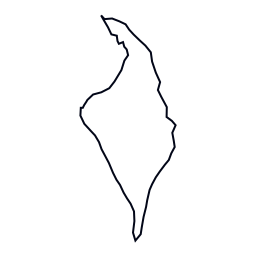 the district of La Nya, Logone Oriental, Chad
{"feature_id": "50815135B28220035440725", "entity_name": "La Nya", "entity_type": "district", "adm_level": 2, "iso_a3": "TCD", "parent_name": "Chad", "parent_adm1": "Logone Oriental", "projection": "natural_earth1", "projection_center": [16.579, 8.562], "detail": "fine", "context": "isolated", "style": "outline", "palette": "ink", "viewbox_px": 256, "rotation_deg": 0, "n_neighbors": 0, "source": "geoboundaries", "source_scale": "gbopen_adm2", "svg_char_len": 1048}
<svg xmlns="http://www.w3.org/2000/svg" viewBox="0 0 256 256"><path d="M80.8,107.8L80.4,115.6L84.3,123.8L90.6,130.7L95.0,135.4L99.0,142.1L101.6,149.3L104.5,154.7L108.9,163.0L113.0,172.8L116.5,179.8L120.0,184.9L123.6,192.6L127.1,198.5L130.6,203.7L134.0,211.4L134.4,221.1L133.0,232.6L135.4,240.6L140.7,234.2L141.8,227.1L143.6,216.8L146.1,206.8L147.2,200.3L149.6,189.9L152.1,184.2L155.8,177.3L159.8,171.5L164.9,164.7L168.8,160.0L171.3,153.3L174.7,147.0L173.8,141.0L172.3,132.8L175.6,125.2L171.9,120.9L166.6,117.0L166.8,107.1L161.3,96.9L157.9,90.0L160.1,82.1L155.8,72.6L152.1,61.6L150.8,52.3L145.4,45.6L139.8,40.5L133.6,34.5L129.2,29.7L125.6,24.3L119.3,21.3L112.1,18.5L104.5,19.1L101.1,15.4L103.6,19.8L108.0,27.3L111.4,34.4L116.8,35.7L116.8,36.3L116.9,36.6L117.5,41.0L118.9,43.8L123.0,42.1L124.2,46.5L124.3,46.8L125.6,48.2L126.7,49.5L128.1,55.2L124.4,60.6L121.4,70.1L114.5,81.5L109.3,88.2L101.3,92.3L93.1,94.5L87.4,99.9L86.3,101.8L84.8,104.1L84.5,104.5L84.3,104.8L82.8,107.8L82.6,107.8L80.8,107.8Z" fill="none" stroke="#020617" stroke-width="2"/></svg>